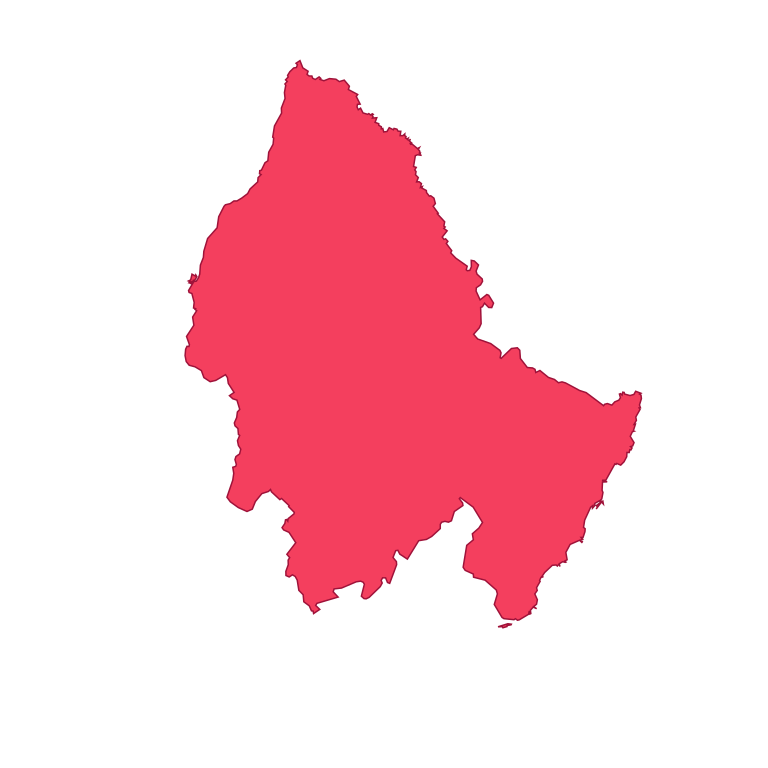 Lamongan, Jawa Timur, Indonesia (Albers equal-area conic projection), rotated 124°
{"feature_id": "22746128B62762388436916", "entity_name": "Lamongan", "entity_type": "district", "adm_level": 2, "iso_a3": "IDN", "parent_name": "Indonesia", "parent_adm1": "Jawa Timur", "projection": "albers", "projection_center": [112.288, -7.123], "detail": "fine", "context": "isolated", "style": "filled", "palette": "rose", "viewbox_px": 768, "rotation_deg": 124, "n_neighbors": 0, "source": "geoboundaries", "source_scale": "gbopen_adm2", "svg_char_len": 6172}
<svg xmlns="http://www.w3.org/2000/svg" viewBox="0 0 768 768"><g transform="rotate(124 384 384)"><path d="M162.9,634.5L167.3,636.3L167.7,634.3L170.6,633.6L172.5,635.6L177.8,636.7L182.1,636.5L183.0,635.1L186.9,635.7L187.3,633.4L190.7,633.9L191.3,632.5L198.1,629.5L202.6,625.7L212.6,623.4L216.7,620.4L231.3,619.1L241.6,614.3L241.8,613.0L247.3,610.0L256.3,609.2L263.9,605.1L267.1,606.4L275.3,605.2L276.6,606.3L279.3,604.8L279.1,603.0L283.3,603.8L287.1,601.7L297.2,604.1L302.4,603.5L309.4,605.9L314.5,608.3L316.2,610.8L320.5,612.4L324.1,615.7L326.1,616.0L337.7,614.6L347.8,609.7L362.0,611.6L374.7,607.6L380.1,604.5L388.1,602.7L395.9,598.2L399.6,597.2L403.7,597.1L405.5,599.1L404.8,600.1L403.4,599.0L399.7,599.1L398.8,601.1L400.0,600.8L400.3,604.6L405.8,602.5L407.9,603.7L407.6,602.4L408.8,602.3L407.5,601.2L408.9,601.0L408.6,599.7L406.4,600.2L406.0,598.9L415.8,598.3L417.1,596.8L416.4,593.9L422.5,587.0L427.5,584.4L426.9,582.4L427.8,582.5L428.0,580.3L435.5,580.1L441.6,574.5L455.0,574.3L460.2,567.3L462.0,566.7L462.9,568.4L466.1,567.9L471.7,564.8L476.0,560.5L477.4,556.0L475.4,550.2L475.0,542.9L479.4,536.9L479.3,529.4L475.1,525.5L464.9,520.6L466.3,517.3L470.6,513.4L474.8,503.6L480.1,505.6L480.8,501.1L479.6,496.9L485.7,489.4L489.2,489.9L494.1,487.4L500.0,486.3L502.0,484.1L502.6,480.2L507.2,476.5L507.3,474.9L512.9,473.8L516.4,470.3L518.1,466.3L522.7,464.6L526.9,466.2L530.0,465.3L533.3,461.4L535.2,460.9L537.6,462.8L542.1,458.6L548.3,455.6L565.7,450.9L567.6,445.5L567.9,435.7L566.3,426.3L561.4,423.2L553.4,424.9L543.2,424.0L537.7,419.7L534.9,419.1L536.3,417.1L538.1,405.7L536.2,404.9L537.9,394.6L539.0,394.5L540.6,386.6L542.0,386.0L549.2,388.2L551.5,387.1L550.8,388.9L551.7,389.7L555.1,388.2L560.1,388.2L561.1,385.6L560.1,379.8L564.9,368.4L579.5,369.3L580.7,365.1L583.6,365.0L587.4,362.3L594.2,360.6L597.6,358.2L597.0,354.7L593.4,353.2L593.2,350.0L595.1,346.3L602.7,339.2L603.9,333.2L609.4,328.7L609.7,321.9L612.6,317.3L611.9,315.7L613.7,314.0L606.8,311.2L605.8,316.8L603.4,317.0L586.3,302.9L584.7,309.9L581.8,310.8L576.9,305.1L563.5,296.4L560.5,293.1L560.0,290.4L561.0,288.3L572.6,284.1L573.1,280.6L572.1,278.7L569.2,277.0L554.1,273.8L550.0,274.2L548.5,276.5L545.5,276.8L543.8,274.3L546.6,270.1L546.1,267.8L526.7,272.5L524.3,274.4L522.8,279.5L515.6,281.1L514.1,279.5L516.2,275.8L516.1,266.7L494.5,267.6L489.1,261.9L483.7,259.2L472.4,256.5L468.8,258.9L466.3,258.9L463.8,256.7L462.5,253.3L459.7,251.6L450.4,254.4L440.6,250.6L438.7,252.3L437.0,257.4L435.5,257.3L436.2,241.2L443.7,224.9L450.4,224.8L458.8,227.0L463.2,222.8L471.5,225.2L491.7,215.9L493.1,212.5L491.6,203.7L494.1,201.7L490.1,190.5L492.0,175.7L494.6,172.6L505.1,169.3L511.5,155.7L511.5,153.4L506.7,144.4L505.1,143.8L505.2,141.2L503.9,140.0L494.1,135.4L491.0,136.6L493.1,134.4L492.2,133.9L489.7,136.1L485.5,135.5L484.9,131.8L484.9,135.5L481.3,134.4L477.1,136.2L473.7,141.6L469.5,141.5L467.6,143.6L460.3,144.2L459.8,145.2L456.5,145.7L455.5,144.8L455.1,146.1L455.2,143.9L454.7,145.4L450.5,145.4L440.2,143.1L437.8,140.1L438.0,138.5L435.5,138.2L436.9,136.0L435.1,138.2L431.4,136.5L430.5,134.0L429.9,133.6L429.6,135.1L427.3,133.9L421.9,139.1L412.9,140.0L404.2,134.5L404.7,131.4L403.2,131.3L404.2,131.7L403.7,133.6L401.7,133.3L401.8,131.6L401.0,134.8L399.9,133.2L394.1,134.8L391.5,136.3L391.3,138.4L384.6,141.5L370.6,143.8L368.5,143.1L370.4,141.7L366.5,141.2L366.9,142.1L364.9,142.4L360.4,140.1L360.8,138.3L366.0,139.9L366.6,138.2L369.0,138.2L361.0,137.7L359.6,139.7L360.8,135.1L358.7,137.1L359.8,137.5L359.3,139.6L357.5,139.2L351.5,141.8L350.1,143.8L343.1,148.0L340.3,144.3L341.9,149.4L339.7,146.3L321.1,147.9L320.9,146.7L319.7,146.6L318.9,142.4L314.3,141.5L308.6,142.1L304.9,144.3L303.7,142.4L301.0,143.5L300.6,142.4L298.3,142.6L298.0,144.6L296.3,143.2L292.8,143.9L289.7,150.6L284.7,151.4L283.3,150.3L283.5,151.1L276.7,153.1L277.7,154.1L273.0,154.4L270.6,156.8L261.9,157.5L261.2,159.1L260.3,158.1L258.5,160.5L252.2,162.4L249.5,164.7L249.5,166.5L248.0,165.8L249.3,171.3L252.9,171.0L256.0,173.6L257.8,178.9L256.7,180.2L257.3,181.5L260.1,180.4L259.7,182.5L260.7,183.2L263.2,180.3L266.1,180.3L269.8,182.7L274.1,183.3L275.3,187.9L277.5,189.8L279.2,189.8L278.1,211.6L280.0,218.2L281.6,234.1L282.7,237.6L285.4,240.1L284.9,245.2L286.6,251.4L285.6,262.3L289.6,264.6L287.4,267.0L287.6,269.8L290.2,274.4L286.6,285.2L280.1,290.3L279.4,293.7L283.3,298.2L297.2,301.2L297.3,302.4L292.7,304.4L291.3,306.7L290.8,318.1L294.3,331.5L292.7,337.5L284.2,336.4L279.7,337.2L266.5,346.7L264.9,345.6L260.8,345.9L262.0,340.0L260.4,337.4L255.7,338.4L251.9,346.8L252.3,348.8L260.5,351.4L255.5,359.6L252.5,361.3L247.8,359.4L243.8,359.7L242.0,361.3L240.9,368.3L238.9,370.8L232.5,372.2L231.5,377.9L232.7,380.8L238.0,377.1L241.8,376.4L243.5,378.3L243.3,379.7L239.8,380.9L239.5,394.9L238.0,402.0L235.6,402.4L232.7,410.9L230.0,410.8L229.2,414.1L230.6,415.2L229.6,417.9L221.7,417.3L221.5,421.4L219.6,421.1L219.6,422.7L215.6,424.4L213.1,434.9L212.1,434.5L209.2,442.6L205.7,442.3L202.0,446.5L201.8,450.5L202.9,451.5L201.5,455.8L199.9,457.1L200.4,462.3L198.9,462.6L200.7,463.7L196.9,465.0L196.7,468.0L198.2,470.0L193.7,471.0L192.9,474.9L190.0,476.2L189.3,478.2L186.4,478.4L187.2,481.1L177.2,485.7L175.2,484.4L173.4,480.6L174.1,482.3L172.2,483.0L172.8,483.7L171.0,484.5L170.4,486.7L168.2,486.9L170.1,487.9L169.4,494.7L170.4,495.9L170.0,496.7L168.7,496.0L168.4,498.6L166.1,499.2L168.0,499.1L168.2,501.1L166.8,501.4L167.9,501.9L168.0,503.8L166.5,504.1L166.5,505.8L165.1,506.6L167.5,507.2L169.1,509.5L165.1,511.4L166.5,513.7L165.5,515.8L166.5,518.6L168.0,518.4L168.6,523.0L173.0,522.7L175.2,525.2L172.8,527.9L174.0,528.9L172.2,530.1L172.5,533.0L171.1,533.9L172.1,537.7L167.3,538.9L170.0,542.3L168.6,542.5L167.9,544.1L166.5,543.7L166.5,544.8L168.5,545.6L168.3,547.8L169.6,548.4L171.0,553.0L168.4,557.7L171.0,558.7L169.4,561.3L167.0,562.4L165.3,560.3L161.1,567.8L158.7,567.7L159.8,578.2L156.5,579.2L154.3,586.9L158.3,590.2L158.2,594.3L161.3,600.0L166.2,603.4L167.3,607.4L166.0,607.3L165.7,609.5L170.0,611.3L170.4,614.2L169.0,616.0L170.5,618.3L170.4,620.9L167.2,621.8L167.3,628.1L162.9,634.5ZM521.5,153.7L519.0,150.1L519.6,149.1L516.3,146.4L515.4,146.9L512.6,144.0L511.9,144.1L513.5,147.3L521.5,153.7Z" fill="#f43f5e" stroke="#9f1239" stroke-width="1.5"/></g></svg>